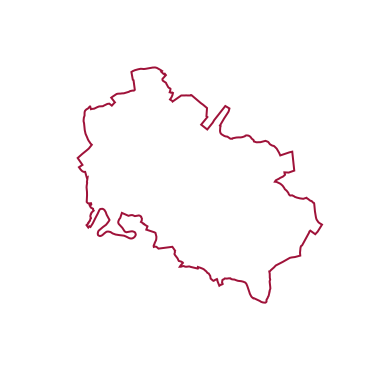 the district of Sanpaul, Mures, Romania, rotated 324°
{"feature_id": "2599482B86509202377836", "entity_name": "Sanpaul", "entity_type": "district", "adm_level": 2, "iso_a3": "ROU", "parent_name": "Romania", "parent_adm1": "Mures", "projection": "albers", "projection_center": [24.364, 46.447], "detail": "fine", "context": "isolated", "style": "outline", "palette": "rose", "viewbox_px": 384, "rotation_deg": 324, "n_neighbors": 0, "source": "geoboundaries", "source_scale": "gbopen_adm2", "svg_char_len": 6011}
<svg xmlns="http://www.w3.org/2000/svg" viewBox="0 0 384 384"><g transform="rotate(324 192 192)"><path d="M278.0,294.8L276.9,292.2L276.5,290.7L276.6,287.7L276.8,286.8L277.4,285.3L280.1,279.9L283.0,275.0L284.0,273.3L284.2,272.4L283.7,271.7L283.5,269.8L283.3,269.4L282.7,268.8L282.4,268.0L281.8,265.8L281.3,264.8L281.3,264.4L281.3,264.0L278.0,262.9L275.6,260.6L273.5,258.1L272.3,256.3L272.0,255.3L271.2,253.9L271.1,253.6L269.4,252.6L269.2,252.3L269.0,250.9L269.4,249.3L269.4,248.3L269.3,246.4L268.9,244.8L268.8,244.2L269.0,242.6L269.0,240.0L268.4,237.5L268.0,236.6L266.7,234.2L266.3,233.5L265.1,232.4L266.6,231.8L270.5,232.4L271.6,232.4L274.6,233.0L277.2,232.8L277.5,232.6L278.0,230.9L278.3,230.4L281.6,233.1L287.3,234.8L296.8,218.3L294.2,217.2L284.9,214.3L285.5,211.6L286.0,206.7L285.6,204.2L285.3,202.9L284.2,201.6L283.5,200.1L283.1,199.1L283.1,196.5L282.9,196.0L282.1,194.7L281.5,193.8L276.6,191.9L273.3,189.6L271.8,187.5L272.1,186.9L272.3,186.2L272.2,185.7L271.7,184.0L271.7,182.0L271.5,181.0L271.2,180.2L270.5,179.2L269.3,178.2L268.4,177.8L267.6,178.0L265.0,177.2L263.6,176.5L261.8,175.2L259.9,174.0L256.6,172.5L256.3,172.4L255.9,172.6L254.6,171.6L254.3,171.3L253.2,168.1L251.8,166.7L251.1,165.7L249.8,162.6L249.7,161.3L250.0,160.2L250.6,159.0L251.9,157.5L252.4,156.8L253.3,155.9L253.9,155.5L253.6,154.7L261.4,151.3L268.3,148.7L269.5,148.0L271.4,146.4L269.5,142.0L252.2,146.9L249.5,148.1L241.1,150.4L239.0,142.9L248.5,140.4L248.2,139.2L253.5,132.9L252.3,128.0L251.4,125.3L248.5,113.3L248.0,112.9L247.6,113.1L244.0,110.4L240.0,107.6L229.5,107.4L229.6,107.0L228.6,104.2L230.9,103.4L233.0,102.2L234.8,100.7L234.4,100.1L234.3,99.7L233.7,99.6L233.4,99.4L233.0,98.8L232.8,98.4L232.6,98.2L233.8,97.3L235.2,96.0L235.2,95.6L235.0,95.0L234.5,94.0L234.4,92.9L234.7,90.9L234.8,89.7L235.1,88.7L235.1,88.2L233.9,85.0L233.9,84.3L234.4,83.3L234.8,83.1L239.6,82.1L239.5,80.4L239.0,80.5L238.7,80.5L238.3,79.4L237.9,77.1L237.8,76.6L238.9,76.5L238.4,75.1L236.5,70.9L235.4,69.6L233.5,68.3L226.9,65.1L225.3,64.2L223.0,62.2L220.6,61.1L217.4,59.9L215.2,59.4L213.5,59.3L210.1,66.4L210.4,67.2L205.8,75.7L204.6,75.8L203.3,74.9L201.3,74.0L199.7,73.8L194.9,72.1L193.2,71.0L191.9,70.3L190.0,69.0L188.6,68.4L184.1,68.2L182.1,68.2L182.3,74.2L181.8,74.2L177.9,75.0L177.0,71.9L175.3,71.0L171.4,70.3L170.3,70.2L167.2,68.2L165.4,67.7L161.9,67.1L159.9,66.0L158.9,65.6L159.9,63.0L159.7,62.8L158.8,62.9L157.2,63.3L155.0,63.1L153.3,63.4L152.4,64.0L151.7,64.7L150.0,67.0L148.2,68.3L146.5,70.2L145.8,71.2L145.1,72.9L141.6,78.9L140.1,82.3L139.2,86.4L138.7,88.3L138.5,90.1L138.5,91.6L138.4,93.2L138.7,94.9L134.0,96.2L131.4,96.4L125.7,96.7L119.5,97.3L119.3,105.7L115.1,105.5L115.1,108.4L115.3,109.9L115.5,110.8L116.2,112.0L117.4,112.9L115.2,118.9L116.0,118.9L112.8,122.2L112.6,122.9L110.5,125.0L109.4,126.3L107.1,130.2L105.2,132.9L101.0,138.1L101.1,139.7L101.3,140.0L101.8,140.6L103.7,141.7L103.3,142.8L103.0,143.0L101.5,142.2L101.3,142.8L101.2,143.1L101.3,143.9L101.1,144.3L101.0,145.1L102.1,147.4L101.9,147.8L101.6,148.1L101.5,148.5L101.5,149.3L98.6,149.6L98.4,149.9L97.3,150.3L97.1,150.7L96.3,151.0L96.0,151.3L95.7,151.8L95.2,152.3L95.1,152.9L95.1,153.3L94.7,154.0L94.0,154.0L92.7,155.1L92.2,155.4L91.8,155.3L91.4,155.4L91.2,155.7L89.9,155.9L89.6,156.5L87.2,156.8L87.2,159.8L87.6,159.7L88.1,159.3L88.8,159.3L89.3,160.6L93.2,159.1L99.1,156.0L102.8,154.2L106.0,152.4L107.2,151.9L107.8,151.9L108.5,152.2L109.7,153.0L110.1,153.6L110.4,154.4L110.6,155.2L110.5,156.0L110.4,157.5L109.6,160.2L109.0,164.7L108.9,165.8L108.8,166.1L108.4,166.4L106.1,167.2L103.2,168.0L99.4,168.0L94.2,168.4L93.4,168.6L92.8,168.9L91.5,170.0L90.8,171.2L90.7,171.7L90.8,172.2L91.3,173.1L91.7,173.6L93.1,174.1L94.2,174.2L97.3,173.9L99.4,173.9L100.1,174.2L100.9,174.7L101.7,175.5L102.6,176.6L103.4,178.8L105.2,181.5L107.9,184.2L110.5,186.6L111.4,187.5L112.6,189.5L114.2,192.6L115.2,193.7L116.1,194.3L117.7,194.7L119.5,194.5L120.9,193.9L121.6,193.2L121.9,192.3L122.1,191.5L122.0,190.7L121.4,189.7L120.8,188.9L119.9,188.2L119.1,187.8L115.3,186.0L115.0,185.6L114.4,184.4L114.4,183.5L114.6,180.1L114.0,175.1L114.0,174.4L114.4,173.3L115.2,172.4L117.0,171.3L118.7,170.8L123.0,167.7L126.6,173.9L128.2,174.5L129.1,174.9L130.0,175.5L130.8,176.5L131.4,177.7L132.1,178.2L135.2,179.7L135.8,180.4L136.4,182.0L136.1,182.4L135.9,184.0L134.6,185.5L133.1,186.2L134.4,189.5L134.1,189.6L135.8,193.6L132.9,195.6L137.9,202.5L138.4,203.6L136.9,207.3L135.4,209.1L134.5,209.9L131.5,211.5L131.4,211.8L129.8,212.6L129.4,212.9L128.9,213.7L128.8,214.0L130.0,214.4L130.8,215.2L131.2,216.2L131.6,218.1L143.9,224.8L143.8,229.6L143.3,229.8L142.6,230.9L141.6,231.6L141.3,232.0L141.2,233.2L141.3,237.3L141.0,238.6L140.8,240.0L142.3,241.9L143.0,243.4L143.0,244.0L139.8,244.7L138.2,245.3L139.0,245.9L140.8,246.5L141.7,247.0L142.6,248.4L143.4,249.1L145.7,250.4L146.3,250.9L146.8,251.7L151.7,257.4L152.0,257.3L152.0,256.6L152.7,256.1L153.1,256.8L154.0,257.9L155.6,260.4L156.3,262.0L156.5,263.3L156.9,264.6L156.9,266.2L157.0,266.7L157.6,267.7L157.4,270.6L156.2,273.0L156.9,276.0L157.3,276.6L159.1,276.7L161.0,277.1L160.8,278.1L160.4,278.6L160.0,280.0L159.0,283.9L161.1,284.0L161.4,284.3L162.7,284.5L163.0,283.9L163.1,282.9L164.8,281.1L165.2,281.0L166.2,281.3L167.7,281.2L168.7,282.1L169.9,282.9L171.3,283.6L171.9,284.3L172.2,284.3L172.5,284.9L172.6,285.6L173.6,286.7L174.9,287.8L175.9,289.4L177.0,290.9L179.5,293.2L180.9,294.9L181.7,296.3L181.9,296.6L182.0,298.2L181.5,300.5L179.6,306.6L179.0,308.3L178.6,311.0L178.6,312.2L179.1,314.1L179.5,314.1L180.1,315.1L182.8,320.0L183.4,321.6L184.5,323.1L186.2,324.6L187.1,324.7L187.8,324.5L188.7,323.3L189.1,322.9L190.5,322.4L192.1,321.4L192.9,321.1L195.9,318.5L195.8,318.4L196.8,317.5L198.6,316.2L199.5,314.8L202.1,310.2L202.5,309.7L203.7,308.9L204.6,307.0L206.8,303.9L207.8,301.8L208.1,302.0L209.8,301.6L214.0,301.2L216.6,300.7L224.4,301.9L232.5,302.8L234.3,303.6L237.0,305.1L242.2,307.1L243.7,304.6L246.9,301.0L248.0,300.1L248.7,299.8L249.7,299.9L263.0,293.6L263.7,293.0L265.0,292.8L266.9,298.6L270.4,297.9L278.0,294.8Z" fill="none" stroke="#9f1239" stroke-width="2"/></g></svg>